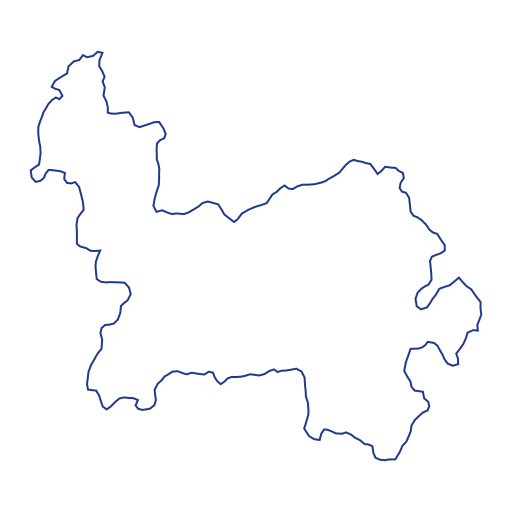 the district of Itanhomi, Minas Gerais, Brazil
{"feature_id": "56859067B79875314448705", "entity_name": "Itanhomi", "entity_type": "district", "adm_level": 2, "iso_a3": "BRA", "parent_name": "Brazil", "parent_adm1": "Minas Gerais", "projection": "equal_earth", "projection_center": [-41.828, -19.148], "detail": "fine", "context": "isolated", "style": "outline", "palette": "blue", "viewbox_px": 512, "rotation_deg": 0, "n_neighbors": 0, "source": "geoboundaries", "source_scale": "gbopen_adm2", "svg_char_len": 4441}
<svg xmlns="http://www.w3.org/2000/svg" viewBox="0 0 512 512"><path d="M102.5,52.8L97.7,51.8L93.0,55.9L87.2,57.2L82.9,55.2L79.3,60.0L73.8,61.4L68.5,66.4L67.0,73.5L63.0,75.8L59.8,77.8L55.0,80.9L51.7,86.8L55.2,88.8L59.2,89.9L62.4,95.9L59.3,99.2L55.9,97.5L52.2,99.8L48.3,104.1L46.0,108.2L43.6,112.1L41.7,117.4L40.0,121.7L38.3,127.1L38.3,134.4L39.2,141.4L40.2,146.4L40.6,153.1L39.8,159.2L39.1,164.5L35.1,167.1L30.7,170.4L31.7,177.4L35.8,181.9L40.3,180.8L43.8,178.1L45.7,173.5L48.6,169.9L54.6,170.4L60.3,171.2L64.9,173.0L64.2,178.9L67.0,182.9L71.2,183.4L75.2,182.1L79.1,187.0L81.2,195.0L82.9,202.0L83.7,209.8L80.7,213.5L77.6,217.9L76.5,224.6L76.9,232.1L76.9,243.7L80.0,246.4L86.4,248.2L90.5,250.8L95.5,251.0L100.1,250.6L97.9,255.9L96.0,261.3L95.5,265.9L95.9,271.2L96.7,279.1L101.2,281.9L106.2,282.4L110.2,282.1L119.8,282.4L124.6,282.7L129.0,287.6L130.7,294.2L127.6,300.3L124.0,303.1L121.0,305.9L120.2,313.2L117.9,319.4L114.0,323.5L109.6,324.6L105.2,325.0L101.6,328.0L100.4,332.9L102.2,339.6L101.5,348.7L97.4,353.9L94.7,358.7L90.9,365.3L88.5,372.0L87.8,377.8L87.0,384.2L88.0,389.6L91.5,390.1L96.1,390.6L99.2,395.6L100.5,400.0L102.7,406.5L106.6,409.4L110.9,406.4L114.9,402.3L119.3,398.5L124.0,397.4L128.2,397.9L133.4,398.2L137.9,400.0L135.6,405.4L138.1,408.7L142.2,409.9L146.1,409.4L150.1,408.6L154.4,405.1L155.9,400.0L155.2,395.4L154.6,389.8L157.8,383.7L161.8,380.1L164.5,376.5L168.1,374.5L172.3,371.7L177.5,371.2L183.2,373.3L186.7,374.3L191.7,372.7L198.1,373.8L204.5,374.5L208.7,371.7L213.0,372.7L214.8,377.5L217.3,381.2L220.7,384.2L224.4,381.6L227.5,378.5L231.3,377.0L237.2,377.0L242.1,376.5L245.5,375.7L250.1,374.3L254.6,374.8L259.0,375.5L264.4,374.1L269.5,370.9L274.1,369.4L277.5,372.0L281.8,370.7L286.1,370.5L291.2,369.7L296.3,368.7L301.5,371.5L304.6,377.6L305.0,385.2L305.7,391.3L305.9,396.5L307.8,402.4L308.4,409.2L308.4,414.3L306.3,421.8L304.2,428.6L306.5,432.1L309.0,436.0L314.2,439.2L319.6,440.0L321.4,433.4L324.2,429.4L327.7,429.8L331.0,431.1L336.3,433.5L342.2,433.7L346.0,432.4L350.9,434.5L354.7,437.5L360.2,440.3L364.6,444.1L368.4,444.4L372.4,446.2L373.4,452.9L375.4,457.6L379.8,459.7L384.9,460.2L389.5,459.4L395.3,459.4L399.7,452.1L402.4,445.9L406.4,441.6L408.8,436.0L410.7,431.4L411.5,425.5L414.9,419.9L418.9,416.1L422.9,412.5L427.6,410.4L429.3,406.2L428.2,401.8L424.1,398.2L422.9,391.8L418.5,391.1L414.6,390.6L411.5,386.8L410.4,381.4L407.7,377.3L404.2,370.9L405.9,362.2L408.5,354.9L410.6,348.8L414.2,348.7L417.8,348.7L421.8,347.5L425.0,345.4L427.8,341.9L433.9,342.9L437.4,345.6L440.1,350.6L442.5,354.7L444.6,359.4L447.6,363.5L452.7,365.8L458.2,364.1L457.9,358.3L456.2,353.6L459.6,349.3L463.4,343.9L465.9,338.3L467.6,332.6L473.3,330.1L477.8,330.6L477.3,325.0L479.4,319.7L481.3,314.6L480.5,308.3L480.6,302.1L476.0,296.2L471.2,289.3L466.6,286.2L462.8,282.2L458.9,277.6L454.8,281.1L449.7,285.3L444.8,286.8L439.3,288.8L435.9,294.7L432.6,298.8L430.2,302.9L427.0,307.4L421.0,309.3L416.7,306.2L415.5,298.8L417.6,292.7L421.6,288.6L425.2,286.2L428.6,284.5L431.5,279.8L431.3,273.8L430.7,267.6L430.0,261.0L431.9,256.7L435.6,255.1L440.7,253.3L444.8,250.5L444.7,245.2L440.5,239.1L437.4,234.0L432.8,232.4L429.4,229.7L426.0,224.5L421.3,219.9L417.4,217.3L413.5,215.8L410.6,211.6L409.9,204.7L409.1,197.7L405.9,192.7L402.1,191.7L399.6,188.1L400.6,182.9L403.8,178.1L402.9,173.0L398.9,171.0L395.5,167.9L391.0,167.6L385.2,166.8L381.3,171.0L377.6,174.0L373.9,168.7L370.4,164.0L365.9,163.1L362.2,161.8L357.4,161.0L353.7,159.8L349.7,161.6L346.2,164.5L343.1,168.1L339.2,172.7L333.3,176.4L328.6,178.9L325.5,181.1L320.8,182.7L314.6,184.2L308.1,184.7L302.6,184.7L297.4,186.3L292.7,189.1L288.5,188.5L284.5,185.5L280.5,188.1L276.9,191.7L272.5,194.4L269.6,198.7L266.7,203.1L261.7,204.9L256.5,206.4L253.1,207.7L248.4,209.8L241.9,213.5L237.5,219.4L234.0,222.0L229.4,218.4L224.4,214.5L221.6,209.7L218.2,204.4L213.0,202.9L207.8,201.5L202.4,203.1L198.7,206.4L193.9,209.3L188.6,212.4L184.0,214.1L180.0,213.8L176.2,213.4L172.2,214.1L167.4,212.6L162.2,210.3L156.5,211.8L153.4,205.9L154.6,199.0L156.6,191.6L158.7,185.5L159.1,180.3L159.1,174.3L159.3,168.7L158.4,164.1L156.8,159.5L156.8,154.4L156.6,149.0L157.0,143.4L160.2,140.1L164.2,138.3L165.7,134.0L163.3,128.1L159.1,122.0L154.0,122.2L149.8,123.8L145.1,125.3L139.5,127.1L134.6,125.1L132.7,117.6L128.9,112.3L122.8,112.7L115.6,113.7L111.8,113.7L107.8,112.7L107.8,107.4L106.5,101.6L103.5,95.6L104.8,87.3L102.6,81.4L104.6,76.8L102.3,71.4L99.2,66.1L99.5,60.0L102.5,52.8Z" fill="none" stroke="#1e3a8a" stroke-width="2"/></svg>